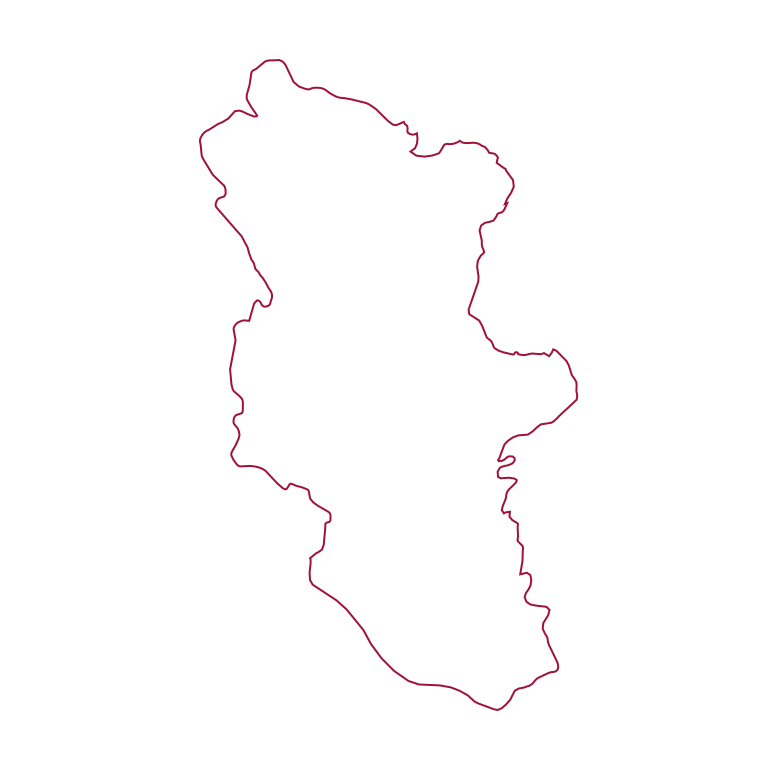 the border of Khatlon, rotated 284°
{"feature_id": "TJK-367", "entity_name": "Khatlon", "entity_type": "Region", "adm_level": 1, "iso_a3": "TJK", "parent_name": "Tajikistan", "parent_adm1": "", "projection": "robinson", "projection_center": [69.268, 37.83], "detail": "fine", "context": "isolated", "style": "outline", "palette": "rose", "viewbox_px": 768, "rotation_deg": 284, "n_neighbors": 0, "source": "natural_earth", "source_scale": "10m", "svg_char_len": 5452}
<svg xmlns="http://www.w3.org/2000/svg" viewBox="0 0 768 768"><g transform="rotate(284 384 384)"><path d="M96.9,552.4L97.9,548.5L102.1,540.7L104.6,531.8L105.8,522.3L105.1,511.3L100.9,490.5L101.8,479.5L108.0,463.3L117.3,447.9L128.6,434.2L140.3,423.5L156.2,402.3L162.6,390.2L172.0,363.4L175.8,359.7L182.6,357.5L192.7,356.1L196.0,355.2L197.1,354.4L197.2,354.5L203.0,358.8L205.2,361.2L208.3,363.9L213.6,364.4L230.2,361.8L234.2,360.9L235.1,361.5L236.0,362.4L236.5,363.6L237.2,364.5L238.4,365.0L239.7,364.8L243.9,363.8L245.3,363.0L246.4,361.3L249.9,349.2L252.1,343.8L255.0,340.0L261.7,337.0L262.8,336.1L263.3,334.3L263.9,329.3L264.0,323.3L264.8,318.6L264.6,317.3L263.4,316.5L260.2,315.5L258.7,314.9L258.0,313.9L258.0,312.5L258.4,311.1L261.9,304.3L271.1,290.0L271.7,288.3L272.2,286.8L272.7,283.6L272.8,280.5L272.5,276.2L272.0,273.5L269.3,264.6L269.2,263.3L269.6,261.9L270.5,260.5L273.8,256.5L277.7,253.2L279.3,252.7L281.4,252.8L289.3,255.0L296.6,256.2L298.3,256.2L300.3,255.9L303.2,254.5L304.9,253.3L306.1,252.1L308.6,248.6L309.5,247.7L310.9,247.1L312.5,246.8L314.6,246.6L316.6,247.2L318.0,248.0L321.4,253.3L323.7,253.5L331.8,251.6L333.3,251.0L334.9,250.1L336.5,248.0L337.5,246.3L340.3,240.7L341.1,239.6L342.1,238.6L346.4,236.2L361.0,231.1L390.5,229.4L400.5,224.9L401.3,224.7L402.6,224.7L404.3,225.1L405.9,225.7L407.7,226.8L408.8,227.9L409.7,229.0L411.1,231.0L411.7,232.3L411.9,233.0L412.7,237.9L430.3,238.5L432.4,239.4L434.5,240.7L434.6,242.1L434.1,243.3L433.4,244.4L431.2,246.3L430.4,247.6L430.1,249.3L431.3,252.2L432.6,253.5L434.5,254.2L436.9,254.1L440.8,254.4L443.0,253.9L444.6,253.2L446.9,251.4L449.7,248.3L454.0,244.5L457.8,240.4L459.2,238.2L460.1,237.1L461.2,236.2L462.2,235.2L464.2,231.8L465.3,230.9L469.4,228.7L470.2,228.0L471.9,226.2L472.7,225.2L477.9,221.7L483.6,218.5L493.2,209.8L495.3,206.6L514.9,178.6L516.2,177.6L517.6,177.1L520.7,177.3L522.1,177.7L523.4,178.3L524.4,179.1L525.9,181.2L526.5,182.4L527.2,183.4L528.6,184.1L530.5,184.3L534.3,183.2L536.3,182.1L537.7,180.9L545.6,167.2L558.5,154.2L560.6,152.5L561.7,151.8L571.8,148.2L575.2,146.6L578.1,146.4L582.1,147.5L585.2,149.2L587.0,151.0L588.7,153.0L596.3,160.2L599.0,163.9L603.9,168.7L609.5,171.7L612.7,173.4L614.3,177.5L614.1,180.8L612.9,186.8L612.1,193.0L612.7,195.3L613.6,196.0L614.5,195.2L620.7,188.1L626.5,182.6L627.6,181.9L629.2,181.3L631.5,180.9L641.6,181.2L654.4,180.0L655.8,180.6L656.9,181.4L657.5,182.3L658.7,183.6L667.4,190.0L668.4,190.9L669.1,191.9L669.7,193.1L670.6,195.5L671.7,199.9L673.0,203.9L672.3,207.8L669.8,211.2L655.1,223.3L652.1,229.5L651.4,235.3L651.4,238.4L651.9,240.4L653.5,242.4L654.3,244.1L655.1,246.4L655.9,250.9L655.8,253.4L655.4,255.5L652.9,261.6L651.3,267.8L651.1,270.1L651.1,272.0L651.8,276.2L652.3,283.8L652.3,298.4L651.8,301.6L649.1,309.1L640.1,324.5L637.8,330.0L638.0,333.0L639.5,335.2L643.1,339.8L642.2,340.4L641.1,341.8L640.0,344.1L637.6,345.1L635.1,345.5L633.6,346.3L632.8,348.8L632.8,351.0L633.5,353.2L635.2,355.3L630.2,357.1L625.1,357.9L620.2,357.0L615.9,353.5L613.4,360.2L614.4,368.3L617.5,375.9L621.1,381.4L623.6,382.5L630.8,384.6L632.2,386.8L632.8,390.6L634.3,394.0L636.3,396.8L638.3,398.7L637.2,401.7L637.6,405.4L639.9,413.0L640.1,416.9L639.6,419.2L638.8,421.3L638.4,424.6L635.7,428.4L634.7,429.2L633.8,430.1L633.9,432.2L634.2,434.6L633.9,436.3L632.7,438.3L632.2,438.8L631.1,439.9L630.4,439.7L626.2,439.8L625.8,439.9L622.7,447.6L622.1,449.9L620.7,450.7L613.1,459.8L606.9,462.2L600.4,461.1L593.9,458.8L587.9,457.8L589.3,459.8L582.6,458.6L580.5,457.8L579.8,457.2L578.6,456.1L577.7,454.3L576.6,453.0L573.8,452.5L569.2,450.8L566.8,447.1L564.8,442.9L561.2,439.9L556.1,439.6L547.0,444.1L542.6,445.3L540.5,446.3L538.2,448.1L536.0,449.3L533.7,448.1L532.1,446.9L527.3,445.5L525.6,445.3L520.2,446.0L511.0,449.8L506.2,450.7L476.6,448.1L472.3,449.9L468.6,461.0L463.9,465.4L454.3,472.2L453.5,473.4L452.1,476.6L451.3,477.9L449.6,479.4L446.5,481.5L445.4,482.9L444.1,487.1L443.6,492.0L443.8,502.0L444.2,502.9L446.2,503.5L446.9,504.6L446.8,506.0L446.3,506.5L445.7,506.6L445.4,507.4L445.5,509.8L445.8,512.3L446.5,514.6L447.6,516.4L449.4,520.3L450.9,529.3L452.7,531.7L450.9,537.5L454.6,539.1L458.6,539.9L457.9,543.3L450.5,555.4L446.9,558.7L438.1,564.1L434.6,568.1L432.3,570.2L429.7,571.1L428.9,571.3L423.9,572.3L419.6,574.3L415.3,574.7L394.7,561.3L393.5,560.8L388.7,557.6L386.7,555.4L382.8,546.0L378.9,542.9L374.0,539.7L369.7,535.9L366.5,526.4L363.1,521.7L358.7,517.9L354.4,515.5L339.6,513.8L338.8,513.4L337.6,513.2L337.0,514.1L338.1,517.2L339.5,518.9L343.0,521.4L344.0,522.6L344.8,526.4L343.6,528.7L341.2,529.3L338.1,527.9L335.2,524.2L333.3,520.0L330.8,516.7L326.3,515.5L321.5,517.1L320.7,520.0L323.3,527.9L323.8,533.5L322.9,536.1L320.3,535.9L312.2,530.9L309.7,529.7L306.9,529.4L302.4,529.9L293.9,528.7L290.0,528.9L287.5,531.7L288.6,532.7L289.2,533.9L290.5,537.1L285.6,537.8L282.9,541.6L281.7,545.8L280.8,547.8L276.9,548.4L268.8,550.9L264.4,551.4L263.4,552.6L260.4,557.6L258.4,558.7L256.1,558.9L245.8,561.2L232.3,562.2L235.4,568.3L234.0,572.2L229.7,574.3L224.0,574.9L219.7,573.9L215.5,572.3L211.3,572.0L207.2,574.9L205.5,579.2L205.7,584.5L207.1,595.6L204.8,599.3L199.6,599.3L190.6,596.4L184.9,597.2L180.9,600.4L177.4,603.9L173.4,605.5L170.7,607.2L156.3,619.2L154.0,620.6L151.4,621.6L149.7,621.6L148.7,621.5L146.7,620.1L145.6,618.1L144.8,615.8L143.5,613.6L136.1,604.6L134.1,603.0L129.0,600.4L126.7,598.4L123.2,593.0L121.0,588.3L118.0,585.1L108.1,582.8L102.8,580.1L97.8,576.6L95.2,573.1L95.0,569.2L96.9,552.4Z" fill="none" stroke="#9f1239" stroke-width="2"/></g></svg>